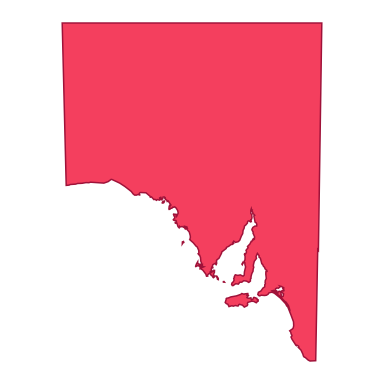 map outline of South Australia (Equal Earth projection)
{"feature_id": "AUS-2655", "entity_name": "South Australia", "entity_type": "State", "adm_level": 1, "iso_a3": "AUS", "parent_name": "Australia", "parent_adm1": "", "projection": "equal_earth", "projection_center": [136.572, -32.035], "detail": "fine", "context": "isolated", "style": "filled", "palette": "rose", "viewbox_px": 384, "rotation_deg": 0, "n_neighbors": 0, "source": "natural_earth", "source_scale": "10m", "svg_char_len": 6126}
<svg xmlns="http://www.w3.org/2000/svg" viewBox="0 0 384 384"><path d="M176.1,208.0L174.7,206.8L173.7,207.3L173.0,207.0L171.8,208.3L170.6,208.2L169.9,209.3L169.1,209.4L168.9,209.0L169.2,206.2L169.7,205.3L170.0,206.0L170.4,205.9L170.9,205.0L168.2,201.0L167.2,201.5L166.8,200.2L165.4,199.5L165.4,198.7L164.7,198.2L165.1,197.6L164.4,197.0L163.1,197.0L162.6,199.0L161.2,198.2L160.8,197.3L159.6,197.9L159.6,198.5L160.7,199.0L161.2,199.7L160.0,199.5L159.5,200.1L157.2,199.5L156.5,200.3L154.9,199.3L153.9,199.6L151.5,196.9L150.3,197.2L150.0,196.2L146.0,192.8L140.5,192.5L139.7,192.9L139.2,193.7L139.8,194.9L139.6,195.0L138.0,194.5L136.5,195.1L134.6,195.1L133.1,193.9L131.3,191.5L124.9,186.5L119.7,183.1L112.0,179.5L111.1,179.4L108.2,181.6L103.9,183.1L90.5,182.2L88.9,182.7L86.0,182.6L82.0,183.3L77.5,183.5L75.7,184.1L70.4,184.5L69.1,185.1L66.2,185.4L62.2,23.0L321.8,23.0L318.4,250.4L317.7,249.5L315.7,360.7L310.0,361.0L308.2,360.1L305.3,357.5L304.1,357.0L303.4,356.0L302.9,354.2L301.0,350.1L298.4,347.5L298.9,347.2L298.5,346.1L296.9,345.2L296.6,345.7L295.9,345.3L292.1,339.4L291.0,337.0L291.8,336.2L292.0,335.5L291.0,333.6L290.8,332.2L289.7,330.8L292.6,328.8L293.2,327.9L293.7,325.8L293.5,321.8L291.0,315.0L287.8,306.9L286.7,305.9L285.6,303.7L280.3,298.0L274.5,293.3L275.4,293.0L276.3,293.5L285.4,302.9L287.8,306.2L289.9,311.1L289.8,309.9L288.4,305.5L286.0,302.1L284.8,301.4L280.1,296.4L277.1,294.1L277.1,293.2L277.8,293.3L278.0,292.2L279.1,291.2L279.5,291.3L281.1,292.5L280.9,294.4L281.5,294.9L280.9,296.0L281.0,296.4L282.4,296.7L283.2,296.3L283.6,293.8L280.8,291.4L282.2,290.7L283.7,290.9L284.0,290.2L283.5,289.3L283.8,287.8L283.6,287.6L282.8,288.4L282.5,287.3L281.9,286.6L280.0,286.1L280.4,286.5L280.1,286.9L278.4,288.2L276.9,288.0L275.5,288.8L275.4,290.2L276.9,291.1L276.9,291.7L274.6,291.2L273.8,290.4L272.0,290.8L272.7,291.4L274.4,291.5L275.1,292.2L275.8,292.0L276.2,292.3L276.1,292.5L273.5,292.9L272.4,292.3L271.0,292.3L268.8,293.0L268.1,294.2L266.5,295.2L264.6,295.5L261.3,295.2L259.7,295.9L258.8,295.6L257.8,294.5L258.4,292.3L260.9,291.0L263.0,288.0L264.7,286.9L264.8,284.6L265.4,283.7L265.1,282.6L265.3,280.5L266.3,278.5L265.8,274.0L265.9,271.7L266.1,271.2L266.8,271.4L267.1,272.0L267.1,271.5L266.8,270.3L265.0,268.8L264.7,267.5L263.4,266.2L262.6,264.3L261.8,263.8L260.5,258.7L260.0,257.8L259.0,257.1L259.1,255.7L257.4,253.4L256.0,256.6L256.5,258.4L254.3,261.3L253.5,264.4L253.3,266.2L253.8,267.1L253.2,269.0L253.0,271.3L251.8,273.6L251.0,276.8L251.0,278.4L250.4,279.1L250.4,281.1L248.8,282.4L246.5,281.1L243.7,280.7L241.8,282.2L239.8,282.2L238.4,284.1L235.7,283.7L233.1,285.6L232.3,285.6L231.6,284.5L231.9,283.1L233.4,281.6L234.1,280.1L233.7,278.3L234.4,277.4L234.3,276.5L235.3,274.8L237.8,275.4L240.4,274.9L243.0,276.2L244.2,275.2L244.4,272.0L245.6,266.9L244.9,264.4L244.9,262.8L244.5,262.3L243.5,262.9L245.0,259.7L245.1,256.5L244.4,254.2L244.7,253.7L245.5,254.0L246.4,252.3L246.4,251.2L246.0,250.3L248.1,247.7L247.5,246.5L249.9,244.0L251.2,241.4L251.7,241.5L253.3,238.7L253.9,238.4L253.9,239.5L254.4,239.2L254.6,236.8L253.0,233.1L253.2,232.1L252.1,230.3L251.9,229.3L252.9,227.4L254.9,226.1L256.7,226.0L256.8,224.4L256.2,222.8L255.1,222.2L253.9,216.2L253.9,215.8L254.7,215.2L253.6,214.0L252.8,213.7L252.8,212.3L251.9,210.8L252.3,210.0L251.5,209.6L251.3,208.7L250.8,210.2L250.8,213.5L251.7,214.5L252.0,217.8L251.4,219.6L250.8,219.8L251.3,221.6L250.4,221.9L249.1,220.8L248.2,221.0L247.5,221.9L247.4,223.1L245.7,225.1L244.5,226.0L244.1,228.3L243.1,230.3L242.7,233.6L241.4,236.0L239.7,240.3L238.2,241.7L235.4,242.4L233.8,241.1L232.5,243.1L232.6,243.5L234.2,243.0L232.4,244.4L230.9,244.6L228.9,246.2L226.8,247.2L226.3,247.7L226.2,248.5L221.8,251.9L221.5,253.3L218.9,258.4L217.0,259.7L216.5,260.5L216.7,260.9L216.4,261.4L216.7,263.2L216.2,264.7L215.9,264.6L215.5,263.2L212.8,264.7L212.4,266.2L212.9,267.5L212.7,267.9L211.8,267.3L211.4,268.4L211.2,269.5L211.8,270.5L211.7,271.1L210.8,271.1L210.0,272.1L210.4,272.6L211.4,272.5L213.0,271.1L213.8,271.4L213.9,270.3L214.5,270.4L214.4,272.5L213.5,274.1L214.4,276.9L213.4,277.7L213.0,277.4L212.6,276.2L211.3,275.5L210.4,274.0L209.6,273.6L208.8,273.7L208.0,274.5L207.6,275.2L207.7,276.1L206.5,276.2L205.9,274.2L202.8,270.1L200.8,268.8L200.0,268.8L200.4,267.5L199.3,266.3L198.1,265.5L195.8,266.6L195.6,266.3L196.5,263.8L197.7,261.8L197.7,263.5L200.1,264.5L199.7,264.8L199.7,265.4L200.6,266.1L200.4,266.6L201.0,267.2L201.8,267.7L203.8,266.8L202.4,266.5L202.4,265.0L201.7,265.9L201.4,265.6L201.1,264.0L201.4,263.8L201.5,262.9L200.8,261.2L200.5,257.5L199.5,254.9L198.8,254.8L198.1,253.7L198.9,253.1L198.7,250.4L197.2,246.9L196.1,246.2L193.3,242.8L189.8,239.7L190.1,239.4L190.0,238.9L190.4,237.2L190.2,235.4L189.2,231.9L186.3,228.6L187.4,228.4L186.9,226.9L184.3,226.2L184.2,227.0L185.3,227.3L186.0,228.4L185.3,229.0L184.5,227.7L182.1,226.5L180.0,227.0L179.6,226.4L179.1,227.8L178.0,226.6L177.0,223.4L175.7,223.3L175.2,222.9L176.5,222.1L176.1,220.6L175.5,220.4L175.2,220.8L173.5,220.1L173.3,219.6L174.6,218.2L174.8,217.5L173.5,214.6L173.6,214.1L176.6,214.4L176.1,215.7L176.2,216.4L176.5,216.7L178.2,213.1L177.7,210.6L176.1,208.0ZM258.2,299.9L258.1,301.2L257.3,301.5L256.5,302.7L255.6,302.5L254.1,301.5L251.8,301.2L247.8,302.4L247.4,303.4L247.7,304.6L247.3,305.6L244.3,307.1L242.5,305.2L239.5,304.3L238.7,304.7L238.4,305.8L237.7,306.0L235.3,305.5L233.2,306.2L232.0,305.7L229.0,306.6L227.8,304.2L226.4,303.7L225.2,302.5L226.2,299.3L226.2,298.6L226.5,298.3L228.5,297.9L230.8,296.9L236.4,295.9L240.7,294.4L241.8,293.5L244.1,294.2L244.6,293.9L247.8,293.5L248.0,294.1L247.2,294.4L246.9,295.2L248.3,295.6L246.9,297.4L247.3,297.9L249.0,298.3L250.9,297.8L251.3,299.6L251.6,299.7L252.9,299.2L253.6,297.5L254.2,297.4L256.9,298.4L257.2,299.7L258.2,299.9ZM216.8,276.1L218.3,278.4L218.3,279.6L217.5,279.3L217.1,277.5L215.9,276.1L216.8,276.1ZM162.8,203.1L162.2,202.9L162.3,202.4L163.0,201.4L165.0,200.8L163.9,201.4L164.2,202.0L163.7,202.8L162.8,203.1ZM183.5,241.5L183.8,242.5L183.0,242.8L182.3,243.9L182.4,241.9L183.5,241.5ZM242.6,262.9L242.7,263.7L242.3,264.7L241.9,264.1L242.6,262.9ZM223.4,281.6L224.0,281.5L224.5,282.2L223.4,282.1L223.4,281.6Z" fill="#f43f5e" stroke="#9f1239" stroke-width="1.5"/></svg>